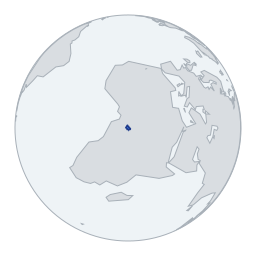 Mambéré-Kadéï on an orthographic globe, rotated 59°
{"feature_id": "CAF-801", "entity_name": "Mambéré-Kadéï", "entity_type": "Prefecture", "adm_level": 1, "iso_a3": "CAF", "parent_name": "Central African Republic", "parent_adm1": "", "projection": "orthographic", "projection_center": [15.964, 4.523], "detail": "fine", "context": "on_globe", "style": "filled", "palette": "blue", "viewbox_px": 256, "rotation_deg": 59, "n_neighbors": 0, "source": "natural_earth", "source_scale": "10m", "svg_char_len": 7545}
<svg xmlns="http://www.w3.org/2000/svg" viewBox="0 0 256 256"><g transform="rotate(59 128 128)"><circle cx="128" cy="128" r="113" fill="#eef3f6" stroke="#a8b0b8"/><path d="M88.8,22.4L90.0,22.0L87.3,23.0L84.5,24.1L84.2,24.2L88.8,22.4ZM58.1,39.7L59.7,38.4L63.2,35.9L65.9,34.1L69.8,31.6L71.5,30.6L75.8,28.3L75.9,28.5L73.7,30.1L70.1,32.2L69.0,33.1L73.0,31.1L67.0,35.6L64.0,39.7L62.4,41.1L58.1,43.1L56.6,42.4L51.0,46.4L55.3,43.9L51.2,47.9L50.8,48.8L51.5,48.7L53.3,47.3L52.0,48.9L47.3,51.6L48.4,50.2L49.9,49.2L49.1,49.2L45.9,51.7L44.0,53.9L41.1,56.4L39.7,58.1L38.3,59.8L40.7,56.8L36.4,62.5L35.4,63.9L40.4,57.2L45.8,51.0L51.8,45.1L58.1,39.7ZM17.5,106.3L18.1,104.2L16.9,110.7L18.2,105.0L17.8,108.3L19.8,109.0L19.3,110.4L20.8,118.9L24.4,123.2L25.2,128.2L24.6,131.1L26.3,132.3L26.3,134.2L34.8,138.6L40.6,144.2L41.4,151.1L38.5,158.4L40.5,174.4L36.5,178.8L38.5,185.2L40.8,194.0L38.0,192.6L42.0,197.5L43.0,200.0L42.1,199.8L44.7,203.0L44.1,202.8L46.4,205.2L49.7,208.9L53.6,212.5L56.4,214.9L49.3,208.6L42.8,201.7L36.9,194.3L31.7,186.4L22.2,166.5L20.6,161.9L20.1,160.4L17.9,151.6L16.3,142.6L15.5,133.5L15.4,124.4L16.1,115.3L17.5,106.3ZM22.9,87.5L22.3,89.1L22.9,87.5ZM75.5,28.4L74.7,28.8L75.5,28.4ZM77.3,27.4L77.2,27.5L76.4,27.9L77.3,27.4ZM81.2,25.5L78.4,26.9L78.2,27.0L81.2,25.5ZM94.8,20.6L96.6,19.9L94.8,20.6ZM103.2,18.1L101.0,18.7L100.4,18.9L98.9,19.3L99.9,18.9L103.2,18.1ZM105.8,17.6L105.3,17.7L105.1,17.7L105.5,17.6L105.8,17.6ZM107.7,17.2L107.0,17.3L106.7,17.4L107.7,17.2ZM111.8,16.6L107.6,17.3L106.0,17.6L110.2,16.8L111.8,16.6ZM60.6,218.3L63.7,220.4L64.5,221.0L60.6,218.3ZM60.2,217.5L59.8,216.9L60.8,217.5L61.2,218.1L60.2,217.5ZM233.0,87.3L234.0,90.1L235.6,94.8L239.0,108.7L239.4,111.3L238.9,108.8L237.0,102.8L238.4,111.0L240.0,117.7L240.6,125.7L240.2,123.3L239.3,116.3L238.6,113.9L237.5,106.8L234.5,96.6L234.0,98.7L232.8,94.6L228.5,86.6L227.1,89.5L225.7,100.9L227.5,111.7L226.1,116.6L219.4,101.6L215.6,91.7L213.7,92.8L206.4,84.9L195.1,85.2L193.1,82.8L191.1,84.1L185.9,81.9L182.7,78.0L179.7,78.4L188.2,88.9L191.4,88.5L193.4,84.1L195.2,88.0L200.2,91.3L196.2,101.3L178.8,111.1L176.4,103.2L159.8,82.6L160.0,80.3L159.9,80.0L159.6,79.6L158.8,83.4L155.7,79.5L165.3,93.6L167.2,100.0L178.6,111.6L177.6,112.9L181.1,115.3L191.4,111.7L191.6,114.4L187.2,127.3L172.3,145.3L173.9,156.9L172.2,166.9L162.2,173.9L162.3,181.5L157.0,184.4L156.2,188.7L151.5,193.4L143.9,198.0L131.9,198.4L131.8,194.5L126.7,187.0L119.9,168.7L123.5,160.1L122.7,153.5L114.0,139.0L115.9,130.8L113.4,127.4L108.4,128.4L105.4,124.4L102.3,124.4L82.4,127.6L76.1,122.4L67.7,106.6L71.1,100.3L71.2,93.1L93.9,69.1L99.3,70.2L117.9,66.9L120.4,67.7L118.8,72.9L133.3,79.1L137.2,74.5L149.7,77.8L157.5,77.5L159.2,67.7L146.3,67.9L143.4,63.4L153.2,59.1L164.4,59.5L163.7,57.8L156.0,54.1L158.1,51.1L153.3,52.7L155.7,54.3L152.8,55.5L150.5,54.1L151.3,53.0L147.8,52.3L144.8,58.4L146.9,60.8L138.0,62.2L140.5,66.4L138.3,68.5L133.2,62.2L133.2,59.9L124.1,53.8L123.2,56.2L131.8,62.4L129.4,61.9L128.2,65.9L127.2,62.5L118.1,55.8L109.7,57.6L99.9,67.7L94.8,68.8L90.1,67.1L92.7,57.2L103.8,56.1L104.9,53.1L101.9,49.2L105.5,49.3L105.6,47.7L109.8,47.3L114.8,43.4L118.9,42.9L120.1,38.5L122.4,37.8L121.0,40.5L122.2,42.3L132.2,41.8L133.9,40.9L133.9,38.2L136.7,38.6L135.4,36.1L140.8,35.0L133.1,34.4L132.9,31.8L135.8,29.8L134.3,29.0L129.7,32.2L129.1,33.7L130.8,35.1L127.9,39.7L124.6,40.7L122.4,35.8L117.5,36.7L117.9,33.0L130.2,25.7L135.7,24.5L146.3,27.4L145.5,28.8L141.2,28.3L145.8,30.9L145.1,29.6L147.4,30.1L147.8,28.2L149.4,28.5L147.0,26.4L149.1,26.5L150.6,27.9L152.9,25.8L156.9,26.0L156.7,25.5L155.2,24.8L161.4,25.8L160.9,25.4L158.7,24.8L156.3,23.6L154.6,22.1L156.8,22.6L157.7,23.2L163.0,25.3L165.2,27.2L165.9,27.3L164.6,25.8L158.1,23.1L156.4,22.1L159.6,23.1L158.3,22.7L158.2,22.3L160.1,22.5L156.6,21.3L152.0,18.3L155.3,18.8L158.7,19.8L158.0,19.4L165.7,21.9L173.2,24.8L180.5,28.3L187.5,32.4L194.2,36.9L200.5,41.8L206.5,47.2L212.1,53.1L217.2,59.3L221.9,65.8L226.1,72.7L229.8,79.9L233.0,87.3ZM86.9,80.9L86.4,83.0L86.9,80.9ZM176.9,65.4L183.2,65.7L179.2,59.9L181.3,59.6L179.2,57.9L178.9,59.5L173.5,54.8L175.8,53.2L174.4,50.9L172.3,50.8L169.0,54.6L176.6,61.0L175.7,63.4L176.9,65.4ZM19.9,108.9L20.0,110.3L19.6,110.2L19.9,108.9ZM22.0,93.3L22.2,94.1L21.6,94.4L22.0,93.3ZM22.1,89.9L21.8,93.0L20.7,94.4L21.1,92.6L21.3,92.3L22.1,89.9ZM51.5,47.7L51.8,47.6L52.1,47.9L51.2,48.5L51.5,47.7ZM58.0,45.9L55.8,48.5L56.7,46.9L55.1,48.0L54.9,46.2L61.6,41.7L58.6,43.9L58.0,45.9ZM56.6,43.0L55.9,44.4L56.4,43.1L56.6,43.0ZM102.3,40.5L103.9,41.3L102.7,43.1L97.5,44.7L99.3,42.0L102.3,40.5ZM106.5,42.1L105.8,37.4L108.9,36.5L107.3,37.7L109.5,37.6L107.4,39.6L111.2,43.8L110.3,45.8L101.3,47.1L104.7,45.4L102.9,44.6L106.5,42.1ZM98.2,29.8L97.9,28.5L105.2,28.1L104.6,29.4L99.4,30.8L97.1,30.2L98.2,29.8ZM84.8,24.2L84.2,24.4L85.1,24.0L86.4,23.6L84.8,24.2ZM96.3,19.9L97.1,19.7L94.9,20.3L96.8,19.8L93.5,20.8L94.7,20.6L88.3,23.4L87.3,23.7L84.7,25.5L81.1,26.9L82.9,25.6L78.2,28.2L78.4,27.7L75.5,29.5L79.8,26.4L81.2,25.9L84.5,24.5L85.9,23.9L89.9,22.1L91.2,21.6L96.3,19.9ZM119.5,17.5L116.7,17.6L119.9,18.2L116.7,18.6L117.3,18.6L115.2,19.3L113.7,20.2L112.1,20.4L112.2,20.7L110.8,21.3L110.4,21.9L107.4,22.4L106.7,23.2L105.7,23.1L105.2,24.4L104.2,23.7L102.3,24.6L104.3,24.8L89.3,27.9L83.8,30.3L79.7,32.9L78.6,31.8L81.7,28.9L87.0,25.7L92.5,23.7L91.0,23.8L93.2,22.9L93.4,23.2L94.3,22.3L96.2,21.7L100.8,19.9L101.0,19.2L102.7,18.7L103.6,18.7L104.7,18.2L107.5,17.9L108.8,17.5L112.8,17.1L113.8,17.5L115.2,17.2L118.3,17.0L119.5,17.5ZM112.9,16.5L114.7,16.5L113.9,16.9L107.2,17.6L105.6,17.9L101.3,18.7L102.6,18.3L103.7,18.0L105.1,17.7L104.1,18.0L106.0,17.6L107.6,17.3L109.4,17.0L109.5,17.1L112.9,16.5ZM122.8,65.6L124.6,65.8L127.3,65.5L126.6,68.1L122.8,65.6ZM116.4,61.1L118.0,60.7L118.4,63.9L116.5,63.9L116.4,61.1ZM118.6,57.9L118.1,60.4L117.2,59.0L118.6,57.9ZM122.4,40.1L124.1,39.7L124.4,40.3L123.6,41.4L122.4,40.1ZM128.5,20.7L127.1,20.4L127.5,20.2L126.1,19.1L128.3,18.9L130.1,19.5L128.5,20.7ZM157.2,69.4L155.1,71.3L153.9,70.4L154.8,69.9L157.2,69.4ZM140.3,69.6L144.3,70.7L140.1,70.3L140.3,69.6ZM130.8,20.3L129.9,19.9L131.6,20.1L130.8,20.3ZM130.0,18.8L131.9,18.9L128.5,18.8L130.0,18.8ZM187.4,215.8L187.2,217.0L185.9,217.2L187.4,215.8ZM189.6,164.6L180.8,182.2L176.1,182.5L175.9,177.5L179.6,166.9L185.3,163.6L188.4,158.7L189.6,164.6ZM239.8,141.5L239.9,141.3L239.8,141.5ZM240.1,139.1L240.1,134.2L238.2,118.9L238.9,119.0L240.6,128.1L240.5,129.8L240.5,133.4L240.1,139.1ZM227.9,112.7L230.0,119.0L229.0,120.1L227.9,112.7ZM149.2,20.2L148.6,21.7L149.7,23.1L152.7,24.2L148.2,23.4L146.5,21.3L149.2,20.2ZM151.4,18.4L148.8,17.8L150.0,17.9L150.8,18.1L151.4,18.4ZM149.7,18.1L146.3,17.7L144.9,17.3L147.9,17.7L149.7,18.1ZM138.6,18.4L138.2,18.7L136.9,18.5L138.6,18.4Z" fill="#d9dde1" stroke="#a8b0b8" stroke-width="1"/><path d="M126.3,128.8L126.3,128.7L126.2,128.5L126.2,128.4L126.1,128.2L125.7,128.0L125.6,127.9L125.5,127.7L125.5,127.4L125.5,127.2L125.4,127.1L125.5,127.0L125.8,127.1L126.0,127.0L126.3,127.1L126.7,127.1L126.8,127.0L127.1,127.0L127.3,127.0L127.5,127.0L127.4,126.8L127.4,126.7L127.5,126.7L127.7,126.8L127.9,126.9L128.0,126.8L129.1,126.5L129.4,126.3L129.5,126.3L129.8,126.3L130.1,126.5L130.3,126.7L130.3,126.8L130.2,126.8L130.1,127.0L129.8,127.3L129.7,127.3L129.7,127.6L129.9,128.0L130.0,128.0L130.1,128.3L129.8,128.2L129.7,128.2L129.7,128.3L129.5,128.5L129.4,128.5L129.2,128.8L129.2,129.0L129.0,129.3L128.9,129.4L128.8,129.2L128.7,129.2L128.3,129.1L128.2,129.0L127.9,129.1L127.5,129.2L127.3,129.3L127.2,129.5L126.9,129.5L126.6,129.7L126.4,129.5L126.3,129.3L126.2,129.0L126.3,129.0L126.4,128.9L126.5,128.9L126.4,128.9L126.3,128.8Z" fill="#3b82f6" stroke="#1e3a8a" stroke-width="1.5"/></g></svg>